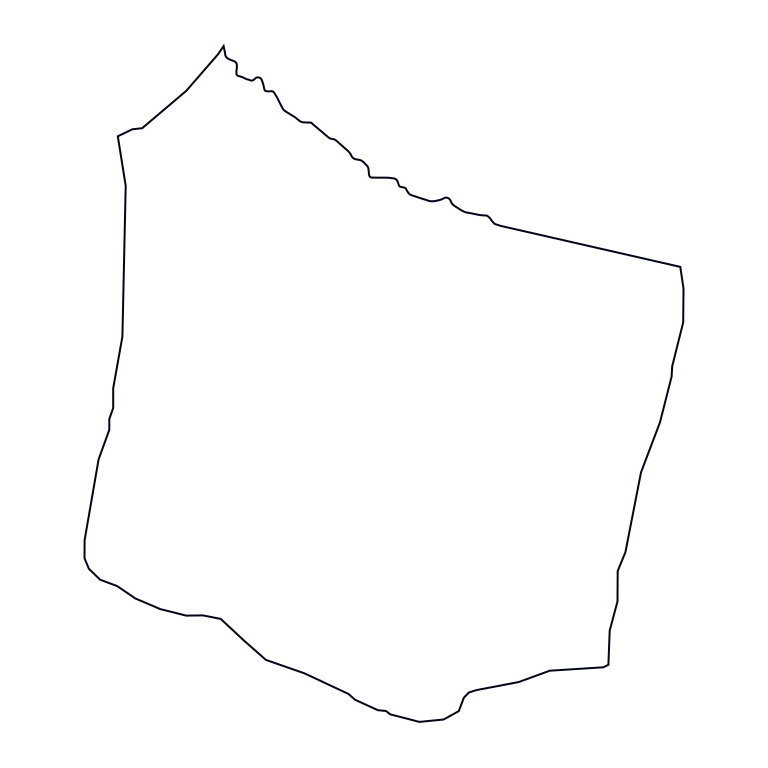 San Pedro Necta, Huehuetenango, Guatemala (orthographic projection)
{"feature_id": "79465075B78521623494839", "entity_name": "San Pedro Necta", "entity_type": "district", "adm_level": 2, "iso_a3": "GTM", "parent_name": "Guatemala", "parent_adm1": "Huehuetenango", "projection": "orthographic", "projection_center": [-91.759, 15.532], "detail": "fine", "context": "isolated", "style": "outline", "palette": "ink", "viewbox_px": 768, "rotation_deg": 0, "n_neighbors": 0, "source": "geoboundaries", "source_scale": "gbopen_adm2", "svg_char_len": 2473}
<svg xmlns="http://www.w3.org/2000/svg" viewBox="0 0 768 768"><path d="M608.4,664.8L609.7,630.6L617.5,601.4L617.7,571.0L625.4,552.3L641.0,472.4L660.0,422.3L671.6,376.6L672.2,366.3L683.2,322.4L683.5,288.5L680.3,266.9L499.8,225.7L498.9,225.2L497.0,224.7L495.1,224.1L494.0,223.3L492.9,222.1L491.5,220.4L490.3,218.6L489.3,217.5L487.5,216.0L486.3,215.5L483.4,215.4L479.4,215.0L469.7,213.0L465.5,212.3L462.9,211.1L461.2,210.2L457.8,208.0L454.6,206.0L453.0,204.7L451.8,203.3L451.3,202.3L450.2,199.9L449.2,198.8L447.5,197.8L445.7,197.6L444.8,197.8L442.6,198.9L440.8,199.7L438.5,200.3L434.1,201.2L431.7,201.3L429.3,201.0L427.7,200.5L424.7,199.5L421.8,198.6L415.8,196.6L411.7,195.3L409.7,194.3L408.7,193.4L407.8,192.0L406.6,190.1L405.8,188.5L405.0,187.9L403.9,187.5L402.0,187.1L400.3,186.8L399.7,186.3L399.1,185.7L398.6,184.4L398.1,182.9L397.5,181.2L396.8,180.0L395.8,179.1L394.5,178.5L391.7,178.2L389.4,177.8L386.3,177.7L380.2,177.7L372.1,177.6L370.6,177.3L369.8,176.6L369.4,175.9L368.9,173.8L368.8,171.7L368.3,168.0L367.6,166.4L363.6,162.1L361.3,160.5L359.6,159.9L356.1,159.4L354.4,158.8L352.7,157.7L351.6,156.3L350.9,154.6L349.9,153.1L348.4,151.3L344.8,148.2L339.4,143.4L336.3,140.6L334.6,139.5L332.7,139.0L330.7,138.7L329.2,138.0L327.7,136.8L323.4,133.1L315.7,126.6L313.5,124.8L311.6,123.0L310.8,122.6L309.3,122.5L306.6,122.5L302.7,122.3L301.1,121.8L299.4,120.8L297.7,119.4L295.1,117.3L286.0,111.7L283.6,109.9L282.5,108.2L276.8,97.0L274.1,92.6L273.0,91.5L271.9,91.2L268.3,91.4L266.0,91.1L265.0,90.6L264.5,89.9L264.3,89.0L263.9,87.1L263.1,83.8L261.8,80.1L261.1,78.7L259.9,77.8L258.4,77.4L257.4,77.4L256.4,77.6L255.4,78.3L253.8,79.8L252.4,80.5L251.2,80.6L250.0,80.2L248.7,79.7L247.1,79.3L245.5,78.7L243.9,77.9L242.8,77.3L240.2,76.5L237.9,75.8L237.2,75.3L236.6,74.5L236.4,73.3L236.4,71.2L236.9,67.4L236.9,65.0L236.5,63.3L235.7,62.3L234.8,61.5L233.4,60.9L230.3,59.8L228.0,58.6L226.8,57.7L225.9,56.6L225.3,55.2L225.1,53.4L224.5,50.4L223.8,47.1L223.6,46.1L218.1,54.2L186.3,90.8L142.2,128.2L132.3,129.3L117.8,136.3L125.7,185.8L122.4,336.6L113.2,388.3L113.2,408.0L109.3,419.1L109.3,429.8L98.6,459.4L84.6,540.2L84.5,558.2L88.9,568.8L100.1,579.7L117.2,586.1L135.4,598.5L160.3,609.1L186.1,615.6L202.9,615.4L220.7,618.9L244.2,640.8L265.9,659.9L304.1,673.2L348.4,693.9L355.1,699.8L377.9,710.2L386.1,711.0L390.1,714.3L419.4,721.9L443.6,719.5L458.8,711.1L463.9,697.6L468.9,692.5L476.8,690.0L518.5,682.1L549.8,670.7L603.3,667.3L608.4,664.8Z" fill="none" stroke="#020617" stroke-width="2"/></svg>